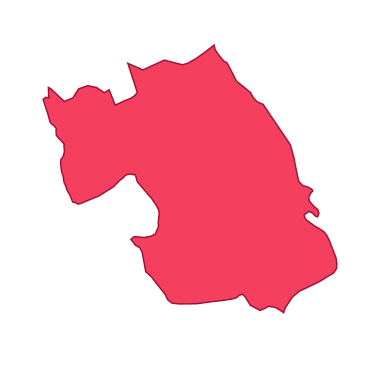 Qillin, Kafr ash Shaykh, Egypt, rotated 164°
{"feature_id": "37247803B73362886902816", "entity_name": "Qillin", "entity_type": "district", "adm_level": 2, "iso_a3": "EGY", "parent_name": "Egypt", "parent_adm1": "Kafr ash Shaykh", "projection": "albers", "projection_center": [30.844, 31.086], "detail": "fine", "context": "isolated", "style": "filled", "palette": "rose", "viewbox_px": 384, "rotation_deg": 164, "n_neighbors": 0, "source": "geoboundaries", "source_scale": "gbopen_adm2", "svg_char_len": 2574}
<svg xmlns="http://www.w3.org/2000/svg" viewBox="0 0 384 384"><g transform="rotate(164 192 192)"><path d="M218.2,333.3L218.1,332.6L217.7,318.9L217.3,308.4L217.2,302.5L221.0,300.2L224.9,299.0L229.1,298.5L231.5,298.3L238.2,297.2L241.9,296.7L243.5,313.1L246.9,312.2L249.0,311.7L254.9,318.7L262.9,322.9L265.1,322.8L271.2,322.4L272.6,322.4L274.0,321.1L276.8,318.6L280.7,315.2L289.8,314.3L292.1,318.1L298.9,329.6L301.2,332.1L303.8,322.1L306.6,323.3L309.5,322.2L309.3,312.8L309.3,311.8L309.1,308.4L309.0,307.2L309.1,302.3L309.1,298.0L307.8,295.5L306.7,294.3L305.0,290.8L306.2,286.8L306.8,283.9L305.6,281.0L301.7,273.5L301.7,272.8L302.5,271.7L302.6,269.9L302.9,268.9L303.5,266.0L305.5,262.5L305.8,262.0L309.2,259.1L310.0,256.9L310.4,255.7L311.6,248.8L311.6,241.8L312.2,238.4L312.3,236.1L311.7,232.6L311.7,229.1L311.2,226.2L310.3,223.5L309.9,219.3L309.6,216.6L309.5,215.9L309.0,214.7L307.3,214.6L306.2,212.9L305.0,212.1L304.5,211.7L301.6,211.7L287.9,213.3L282.8,213.8L273.1,216.6L265.7,218.8L261.7,221.1L258.8,222.8L254.8,224.4L251.9,226.1L249.1,226.7L245.7,226.1L244.0,224.9L241.7,224.3L241.7,216.8L235.6,203.4L235.1,202.2L232.2,195.9L230.0,188.9L228.9,183.7L229.5,180.3L233.0,171.7L233.6,168.2L238.7,161.9L243.3,160.8L250.7,161.5L255.3,163.3L259.8,165.0L262.8,163.8L263.8,163.3L263.0,161.4L261.0,156.4L257.6,152.9L256.5,148.3L258.4,128.1L254.4,121.7L251.4,114.1L246.0,100.8L245.0,95.0L242.1,90.9L239.9,89.8L235.3,88.0L232.5,87.2L224.5,85.0L217.7,83.2L201.5,80.9L200.0,80.6L193.2,79.4L191.3,79.2L188.1,78.8L183.5,78.1L178.4,78.1L175.0,79.8L171.6,79.7L169.9,76.8L167.1,67.0L159.2,59.4L154.6,59.9L150.0,61.0L147.2,59.8L144.9,58.7L143.2,57.5L139.8,54.0L137.2,50.7L134.1,55.1L124.9,63.0L123.4,63.8L116.4,67.0L103.2,69.2L94.1,70.8L85.9,73.1L78.1,75.2L74.1,78.6L72.4,83.8L71.7,89.0L72.0,92.2L73.3,106.9L74.4,113.3L75.2,115.2L76.1,117.3L79.5,121.4L84.0,126.1L90.2,134.2L90.3,135.2L90.8,138.7L90.3,139.0L89.6,139.4L85.0,141.1L82.2,138.8L79.9,134.7L78.2,133.5L75.9,136.4L75.9,137.1L75.9,140.4L78.7,144.5L81.5,150.3L81.5,154.3L78.1,158.3L75.8,159.5L75.8,161.2L79.1,164.7L83.7,167.6L85.6,171.2L86.5,172.9L85.9,181.5L85.2,190.8L84.6,196.5L84.5,204.6L84.5,210.4L87.2,218.8L89.8,226.8L99.5,256.7L104.6,260.8L106.3,264.3L106.9,265.5L107.4,267.2L108.0,268.9L108.1,271.1L113.5,278.9L115.9,282.3L118.7,286.4L120.2,294.2L120.3,294.9L122.8,306.6L125.4,309.2L128.9,317.1L129.1,317.7L129.5,319.1L130.6,322.8L130.2,327.1L137.1,324.4L140.6,323.0L151.5,319.1L160.6,316.9L164.3,316.9L165.8,316.9L170.3,319.3L182.2,326.4L205.5,322.9L218.2,333.3Z" fill="#f43f5e" stroke="#9f1239" stroke-width="1.5"/></g></svg>